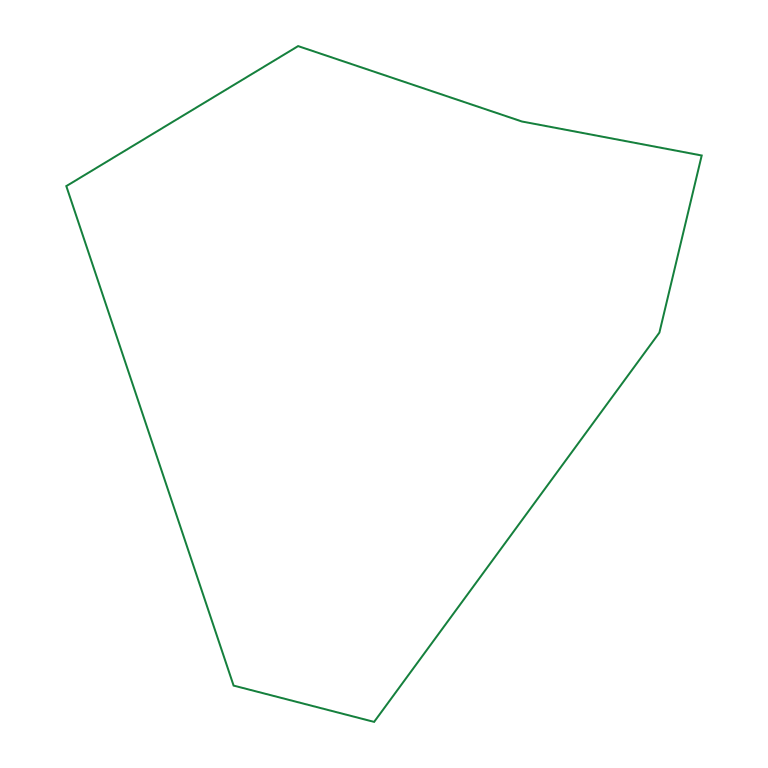 an SVG outline of Meneng
{"feature_id": "NRU-4982", "entity_name": "Meneng", "entity_type": "state/province", "adm_level": 1, "iso_a3": "NRU", "parent_name": "Nauru", "parent_adm1": "", "projection": "equal_earth", "projection_center": [166.942, -0.541], "detail": "fine", "context": "isolated", "style": "outline", "palette": "green", "viewbox_px": 768, "rotation_deg": 0, "n_neighbors": 0, "source": "natural_earth", "source_scale": "10m", "svg_char_len": 221}
<svg xmlns="http://www.w3.org/2000/svg" viewBox="0 0 768 768"><path d="M701.7,155.5L659.4,332.6L374.1,721.9L233.6,685.6L66.3,186.1L298.1,46.1L521.9,121.5L701.7,155.5Z" fill="none" stroke="#15803d" stroke-width="2"/></svg>